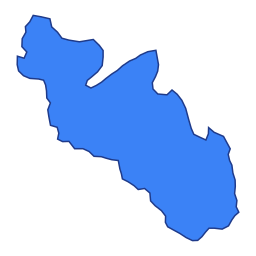 outline of Tiradentes, Minas Gerais, Brazil
{"feature_id": "56859067B53051915748511", "entity_name": "Tiradentes", "entity_type": "district", "adm_level": 2, "iso_a3": "BRA", "parent_name": "Brazil", "parent_adm1": "Minas Gerais", "projection": "orthographic", "projection_center": [-44.158, -21.116], "detail": "fine", "context": "isolated", "style": "filled", "palette": "blue", "viewbox_px": 256, "rotation_deg": 0, "n_neighbors": 0, "source": "geoboundaries", "source_scale": "gbopen_adm2", "svg_char_len": 1526}
<svg xmlns="http://www.w3.org/2000/svg" viewBox="0 0 256 256"><path d="M17.4,56.2L17.2,64.7L18.6,70.9L23.5,75.7L29.9,78.4L38.6,79.0L43.6,80.2L45.6,85.0L46.5,90.9L46.8,98.0L50.4,102.9L47.8,109.8L48.8,116.4L50.5,125.3L57.2,127.3L58.8,133.2L57.6,139.1L62.6,141.6L69.0,141.4L74.6,148.7L83.0,148.7L89.1,151.5L94.0,156.3L101.4,156.7L106.1,158.2L111.7,159.7L118.3,160.5L119.9,169.0L121.4,173.8L122.4,178.9L128.0,181.7L134.1,185.7L138.2,189.5L144.6,188.5L149.9,193.0L150.6,200.9L155.1,205.7L161.5,210.7L165.6,216.1L165.4,222.3L167.7,226.8L174.8,230.7L179.8,233.4L186.2,237.6L192.5,240.6L197.7,240.4L201.9,236.7L205.6,232.0L209.0,228.2L214.3,228.2L222.2,229.1L228.5,225.9L231.9,219.8L234.9,215.6L238.8,212.2L236.2,206.8L236.9,200.5L234.6,193.6L235.3,186.3L235.1,180.0L232.9,173.0L231.9,165.2L229.6,160.5L228.2,154.4L230.2,148.8L227.4,143.6L223.5,136.4L214.1,132.3L208.6,127.6L208.4,133.8L205.9,140.0L199.6,137.1L193.8,134.3L191.2,128.3L188.6,119.3L185.7,108.4L181.9,100.4L177.2,94.3L172.0,90.0L167.0,94.8L157.8,94.0L153.0,89.0L152.3,82.7L155.5,76.6L157.7,71.1L158.5,64.7L157.0,56.4L155.9,50.3L147.8,51.7L140.4,55.0L135.7,58.4L129.6,61.0L122.5,65.8L117.3,70.5L111.8,74.0L105.9,78.5L101.5,82.2L96.2,85.5L90.9,88.0L85.7,85.2L87.3,80.4L91.5,77.0L97.5,71.9L102.2,65.6L103.1,57.0L103.1,50.5L99.4,45.5L93.3,39.5L86.7,40.6L79.4,41.8L68.8,40.1L61.9,38.2L57.5,32.2L51.7,26.9L49.9,18.8L41.1,16.8L33.2,15.4L29.8,21.8L25.4,26.6L25.9,32.2L22.2,38.7L21.9,46.7L26.8,52.0L24.1,58.2L17.4,56.2Z" fill="#3b82f6" stroke="#1e3a8a" stroke-width="1.5"/></svg>